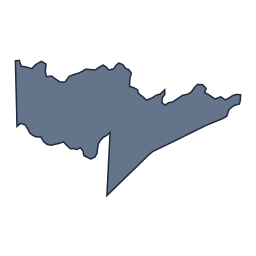 outline of Comendador Levy Gasparian, Rio de Janeiro, Brazil
{"feature_id": "56859067B81478228357655", "entity_name": "Comendador Levy Gasparian", "entity_type": "district", "adm_level": 2, "iso_a3": "BRA", "parent_name": "Brazil", "parent_adm1": "Rio de Janeiro", "projection": "equal_earth", "projection_center": [-43.248, -22.053], "detail": "fine", "context": "isolated", "style": "filled", "palette": "slate", "viewbox_px": 256, "rotation_deg": 0, "n_neighbors": 0, "source": "geoboundaries", "source_scale": "gbopen_adm2", "svg_char_len": 1330}
<svg xmlns="http://www.w3.org/2000/svg" viewBox="0 0 256 256"><path d="M15.4,60.8L17.0,126.4L20.6,123.3L25.2,124.9L28.0,129.4L29.7,132.8L32.3,135.1L35.7,136.8L41.0,137.1L43.5,141.4L46.9,144.3L50.9,145.3L55.2,144.3L59.2,143.4L63.4,141.9L67.6,146.2L70.5,148.8L73.7,148.6L76.8,149.5L80.4,147.7L82.9,151.0L83.9,155.7L87.6,157.4L90.7,159.0L94.6,157.3L97.0,153.5L97.5,148.4L98.5,143.4L100.7,140.1L103.3,137.3L106.8,135.3L110.1,132.5L106.9,195.6L148.7,154.9L152.9,151.4L171.0,142.7L206.0,125.4L223.3,118.3L226.8,116.2L228.8,109.9L231.7,107.2L234.6,105.3L239.4,104.0L240.3,100.3L240.6,94.8L236.6,94.4L233.2,95.3L225.5,100.0L220.8,96.8L215.0,99.0L209.1,95.0L204.6,92.5L206.2,88.5L202.7,84.7L197.6,84.4L194.7,87.2L191.3,92.0L187.7,94.2L182.5,95.4L176.4,99.4L172.7,102.0L168.9,102.6L165.1,105.1L161.8,102.7L162.4,97.7L164.8,94.4L164.7,89.8L160.3,94.0L156.1,95.3L151.7,98.1L146.3,100.1L142.6,96.6L138.7,93.7L137.4,89.7L133.4,87.5L129.5,86.5L129.9,78.1L131.4,73.3L128.8,69.6L125.6,68.5L122.8,64.6L118.7,63.0L116.2,65.2L113.8,68.7L108.8,70.1L106.4,67.2L103.1,65.0L98.9,67.4L95.1,70.0L90.5,69.6L85.9,69.1L81.8,71.6L78.6,73.1L75.3,74.0L69.2,76.3L65.1,82.0L60.0,82.0L55.6,79.1L51.7,76.1L46.4,76.5L45.3,71.9L46.0,64.1L41.4,61.3L35.3,64.8L31.9,68.7L26.2,67.0L21.4,66.3L19.2,60.4L15.4,60.8Z" fill="#64748b" stroke="#1e293b" stroke-width="1.5"/></svg>